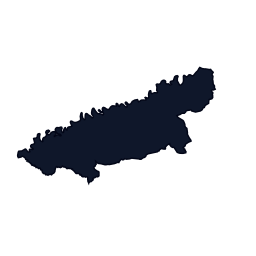 Yotoco, Valle del Cauca, Colombia, rotated 227°
{"feature_id": "7082276B27401481263527", "entity_name": "Yotoco", "entity_type": "district", "adm_level": 2, "iso_a3": "COL", "parent_name": "Colombia", "parent_adm1": "Valle del Cauca", "projection": "orthographic", "projection_center": [-76.383, 3.898], "detail": "fine", "context": "isolated", "style": "filled", "palette": "ink", "viewbox_px": 256, "rotation_deg": 227, "n_neighbors": 0, "source": "geoboundaries", "source_scale": "gbopen_adm2", "svg_char_len": 5861}
<svg xmlns="http://www.w3.org/2000/svg" viewBox="0 0 256 256"><g transform="rotate(227 128 128)"><path d="M175.6,71.6L176.4,70.7L176.9,69.4L177.0,68.4L176.6,66.2L177.4,65.0L178.1,64.9L178.9,65.4L179.2,66.5L179.0,68.2L179.4,68.6L180.7,68.3L181.5,66.7L181.4,65.8L180.9,64.9L178.7,63.9L178.1,63.0L177.8,61.4L178.4,59.9L178.4,58.9L177.9,57.9L176.3,56.5L176.4,56.1L178.0,55.4L179.9,55.7L181.9,57.2L183.6,59.5L184.3,59.4L185.0,58.3L184.7,57.0L183.6,55.9L183.2,54.5L183.4,53.7L184.6,52.2L184.6,51.7L181.0,49.8L180.5,49.0L180.5,48.1L181.6,46.0L181.4,44.8L180.7,44.1L179.9,43.9L177.8,44.6L177.2,44.0L177.4,43.4L179.3,42.0L179.5,41.4L179.1,40.7L177.6,40.1L178.1,38.9L179.4,38.5L182.1,38.8L182.7,38.5L183.6,34.7L185.5,32.3L185.2,31.3L183.3,28.7L182.4,28.0L181.1,27.6L179.7,30.0L179.5,31.6L177.3,32.2L176.2,32.4L174.7,31.8L173.3,32.7L172.8,31.7L172.3,32.4L171.5,31.9L170.3,32.6L169.7,32.5L169.1,32.9L168.4,32.5L168.0,33.0L167.2,32.7L166.6,33.0L166.5,32.4L166.1,32.4L165.5,33.1L164.3,33.4L164.6,34.1L164.3,34.5L163.4,34.0L162.7,34.1L162.2,34.5L161.8,33.9L160.9,34.8L159.3,35.0L159.0,36.0L158.3,36.4L157.1,35.6L156.1,36.3L153.6,35.1L152.1,35.3L151.1,36.3L150.0,35.9L149.8,36.3L148.3,37.2L148.3,37.8L148.0,37.7L148.0,38.2L146.7,40.0L145.9,40.2L146.1,41.8L145.6,42.7L146.0,44.8L146.6,45.1L147.0,46.1L147.8,46.9L148.6,49.3L147.1,49.8L147.3,50.4L145.1,51.6L144.7,53.0L144.9,54.1L143.3,54.4L142.1,55.5L139.8,55.7L139.5,56.7L138.8,57.1L136.9,58.9L136.5,58.7L135.9,59.3L135.6,58.9L133.6,59.2L130.3,59.0L129.5,59.6L129.0,60.4L127.4,61.4L126.5,60.8L125.8,61.2L125.6,61.9L124.9,61.8L124.3,61.3L123.4,61.5L122.8,62.0L122.3,63.0L121.1,63.4L120.7,64.3L120.2,64.8L119.0,64.6L117.4,63.1L116.8,63.0L116.4,62.4L114.5,61.7L115.0,62.5L114.6,63.0L114.7,63.8L114.0,64.4L113.9,67.2L115.0,67.9L114.8,69.1L114.3,69.7L114.3,70.5L113.7,72.3L113.1,72.4L112.9,72.7L112.8,74.1L115.6,76.7L116.3,76.7L117.4,76.1L120.0,75.5L121.0,75.5L122.5,76.1L122.8,76.9L122.5,77.8L123.1,78.9L123.2,80.0L125.7,81.7L122.5,82.0L120.3,83.9L117.0,86.0L116.1,86.9L115.5,88.0L113.9,89.6L111.2,93.9L109.8,97.3L109.0,97.7L109.6,99.6L109.8,101.5L109.6,102.0L108.2,102.5L107.8,103.4L107.9,104.6L106.3,105.6L104.4,108.1L103.5,110.1L97.6,115.2L97.1,115.3L96.2,116.4L96.0,118.5L95.2,120.2L95.2,121.6L95.9,123.0L95.5,125.0L90.5,133.4L90.6,134.5L90.1,135.0L90.6,136.4L90.2,138.5L89.5,138.8L89.6,139.2L88.3,139.7L87.4,140.7L88.0,141.0L88.2,141.6L87.8,141.2L87.6,141.5L88.5,142.2L88.8,144.4L88.6,146.5L88.0,147.2L88.0,147.7L86.7,147.0L84.8,146.9L83.4,147.4L82.6,148.3L82.2,148.4L76.6,147.4L74.8,148.3L73.8,149.1L71.9,151.0L70.5,153.4L71.3,154.3L71.7,154.2L72.6,154.6L72.7,154.4L73.8,154.3L73.9,154.8L74.2,154.6L74.5,154.9L76.1,155.0L76.0,157.6L76.7,158.5L76.9,159.4L76.4,162.5L75.4,165.1L76.1,165.6L79.4,166.1L83.1,167.2L83.8,168.1L87.6,170.8L89.1,170.6L90.4,170.8L92.0,172.1L95.1,173.3L96.2,173.3L101.7,171.7L103.7,172.3L102.4,175.2L102.0,177.5L100.4,179.2L100.4,181.0L100.9,182.2L100.1,183.8L99.1,185.1L98.9,185.9L98.5,186.3L97.1,186.2L93.6,188.3L91.1,192.6L90.8,194.6L91.5,196.6L91.0,197.8L91.9,199.8L91.1,203.8L92.8,205.6L93.5,206.8L92.2,209.2L92.5,210.7L94.1,212.1L95.0,212.5L95.5,213.6L96.2,214.2L97.7,214.0L98.3,214.4L98.4,215.8L97.6,216.4L96.9,218.2L98.8,218.8L99.7,219.9L102.1,220.3L104.5,222.2L105.8,222.9L108.0,225.5L109.2,225.5L109.7,225.9L110.3,226.8L110.5,228.1L111.5,228.4L112.7,228.1L114.5,228.4L115.2,227.4L118.2,225.1L119.0,224.2L121.0,222.7L123.3,221.8L123.1,220.4L122.3,218.1L122.3,215.7L121.8,211.9L121.9,211.1L122.2,210.6L124.4,209.8L125.2,209.0L125.3,208.4L125.1,206.9L125.3,205.9L126.0,205.5L127.8,205.2L128.3,204.8L128.3,204.3L128.0,203.7L125.1,201.2L123.7,199.5L123.3,197.6L123.5,195.5L123.8,195.2L124.6,195.1L128.9,196.2L130.8,198.1L131.5,199.7L132.1,199.9L132.7,199.7L133.5,198.4L133.6,197.0L131.8,193.7L131.9,192.8L132.9,191.2L132.9,190.5L132.2,189.6L130.3,189.7L130.5,188.3L130.8,188.0L132.7,187.7L133.7,186.4L134.3,186.1L135.8,186.4L136.4,187.3L137.3,187.4L138.4,186.9L139.0,186.0L139.3,184.3L138.5,182.4L138.4,181.5L139.1,180.2L140.2,179.4L140.5,178.7L140.4,178.2L138.0,176.9L136.0,174.7L134.2,174.2L133.8,173.6L134.0,173.1L135.7,171.5L136.9,168.8L137.8,168.7L139.5,169.9L139.9,169.9L140.2,169.5L140.3,168.6L139.5,167.2L138.3,165.7L136.5,164.4L136.2,163.6L136.5,162.7L138.5,161.7L138.6,161.2L136.7,160.8L136.3,160.2L136.7,159.5L138.1,158.2L139.3,156.7L139.7,154.2L140.0,153.6L142.3,154.3L143.8,152.0L144.5,149.3L143.8,146.6L144.1,145.3L145.4,144.4L147.7,144.5L148.4,144.1L148.4,143.3L148.1,143.0L147.3,142.7L144.8,142.7L144.3,142.1L144.3,141.4L145.3,140.6L149.0,140.4L150.1,139.7L150.4,138.2L149.6,136.4L150.1,136.0L150.8,136.0L152.2,136.8L153.6,136.6L153.7,135.7L152.4,134.8L152.0,134.3L154.6,132.0L155.1,131.1L155.2,129.4L154.5,126.9L156.0,125.3L158.7,124.8L159.9,124.0L160.0,123.3L159.7,122.5L159.3,122.0L157.7,121.4L157.4,120.4L158.0,119.7L158.5,119.5L160.3,119.5L161.1,119.3L161.1,118.5L160.5,118.3L158.5,118.5L156.1,120.3L154.9,119.7L154.6,119.0L154.8,118.5L157.6,117.2L158.9,115.9L159.5,115.6L162.6,115.8L165.6,116.4L166.2,116.0L166.2,115.3L165.8,114.1L164.0,111.8L162.9,111.0L160.4,110.6L159.6,109.9L159.5,109.2L160.0,108.7L162.4,108.6L164.7,107.9L166.0,107.9L167.1,107.3L167.2,106.7L166.8,105.8L163.6,102.5L163.6,102.1L164.2,101.6L165.8,101.6L166.5,101.9L168.5,103.0L170.0,104.4L170.4,104.6L170.9,104.4L170.8,103.6L169.0,101.0L166.7,99.4L166.0,98.0L166.9,94.9L168.1,93.0L169.4,92.1L171.4,91.5L172.0,90.8L171.8,90.2L171.2,89.6L167.7,88.3L168.0,87.1L169.2,85.3L169.4,84.3L168.2,81.9L169.1,81.6L170.9,82.4L171.2,81.7L170.6,80.0L168.8,77.8L169.3,77.1L170.6,77.2L172.0,78.1L172.8,79.6L173.8,80.0L174.4,79.6L175.3,77.7L176.8,76.3L177.0,75.0L176.6,73.9L175.8,73.2L173.1,72.6L171.9,72.8L169.5,74.1L168.4,74.1L168.1,73.6L168.7,72.9L170.2,72.6L170.9,71.9L171.5,70.6L171.7,68.8L172.0,68.4L172.5,68.8L172.3,70.6L172.8,71.4L174.1,71.9L175.6,71.6Z" fill="#0f172a" stroke="#020617" stroke-width="1.5"/></g></svg>